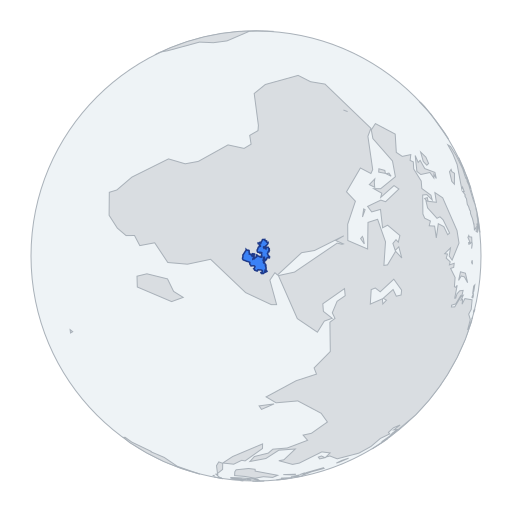 Oromiya highlighted on a globe, orthographic projection, rotated 90°
{"feature_id": "ETH-3131", "entity_name": "Oromiya", "entity_type": "Administrative State", "adm_level": 1, "iso_a3": "ETH", "parent_name": "Ethiopia", "parent_adm1": "", "projection": "orthographic", "projection_center": [38.367, 6.948], "detail": "fine", "context": "on_globe", "style": "filled", "palette": "blue", "viewbox_px": 512, "rotation_deg": 90, "n_neighbors": 0, "source": "natural_earth", "source_scale": "10m", "svg_char_len": 12677}
<svg xmlns="http://www.w3.org/2000/svg" viewBox="0 0 512 512"><g transform="rotate(90 256 256)"><circle cx="256" cy="256" r="225" fill="#eef3f6" stroke="#a8b0b8"/><path d="M139.0,63.5L133.1,67.2L121.6,75.6L118.1,78.2L113.5,81.5L139.0,63.5ZM31.4,238.3L31.3,239.8L30.9,250.0L30.8,255.6L31.0,258.4L31.1,262.3L35.6,272.7L40.9,285.0L42.7,298.6L42.1,312.5L50.7,344.2L52.1,351.8L54.7,357.1L47.5,341.2L41.5,324.7L36.8,307.9L33.4,290.7L31.4,273.3L30.7,255.8L31.4,238.3ZM228.9,32.4L230.1,32.3L221.5,33.4L220.8,33.5L228.9,32.4ZM374.8,64.6L385.2,71.6L385.2,71.4L400.5,83.2L414.8,96.2L429.2,113.3L436.4,121.7L440.3,127.2L441.8,130.4L436.1,122.3L432.9,119.4L429.5,114.7L429.9,118.3L425.0,111.9L427.7,118.4L432.4,123.6L433.9,122.3L438.4,131.6L446.5,141.1L453.1,153.0L458.8,174.8L456.0,182.1L457.0,186.1L452.9,181.9L451.9,190.2L463.1,212.7L464.4,219.5L460.7,233.2L459.8,228.1L449.0,216.7L450.2,233.2L458.5,246.1L461.5,262.1L456.5,257.6L453.1,243.7L449.2,239.2L448.0,224.8L440.3,204.4L435.1,208.9L433.3,200.6L422.0,184.6L413.3,190.8L400.9,214.2L402.8,235.9L396.9,245.9L380.7,215.8L374.1,195.5L367.9,197.9L351.5,181.7L322.2,182.1L318.4,177.0L312.8,179.7L301.3,174.9L295.7,166.8L288.6,167.5L303.8,189.2L311.4,188.6L318.3,179.8L321.1,187.7L332.2,194.6L318.6,214.7L275.6,233.6L272.1,217.5L243.1,174.8L244.3,170.1L244.2,169.6L243.9,168.6L240.5,176.3L235.8,168.2L250.5,197.5L252.7,210.4L275.0,234.5L272.7,237.1L280.1,242.1L304.6,235.4L304.6,240.8L292.6,266.4L259.3,301.4L264.2,324.5L262.5,344.2L242.8,357.3L245.6,372.2L235.5,377.5L235.6,385.9L228.1,394.7L215.3,402.9L192.3,402.7L190.0,395.2L177.1,380.1L158.9,343.5L163.8,326.8L161.4,313.7L144.9,284.0L148.4,267.9L144.2,260.9L135.4,262.3L130.6,254.0L125.4,253.6L93.5,257.8L84.5,246.7L75.4,213.9L81.7,201.5L84.1,187.0L128.3,141.1L136.3,144.1L169.6,139.3L173.5,141.1L168.0,151.6L191.8,165.5L201.2,156.6L224.2,164.3L240.5,164.2L249.0,144.4L222.4,144.0L219.3,134.4L241.8,126.5L265.4,128.1L264.9,124.5L251.3,116.4L258.0,110.2L246.8,113.2L250.4,116.8L243.4,119.1L239.7,116.0L242.2,113.7L235.5,112.1L225.2,124.4L227.8,129.4L209.4,131.5L211.9,140.3L206.4,144.4L200.1,131.2L201.7,126.4L189.0,113.1L185.6,118.0L197.4,131.3L193.2,130.2L188.7,138.2L188.7,131.3L176.7,116.6L161.0,119.5L138.6,139.1L129.9,140.7L123.6,136.6L134.1,116.8L152.4,115.7L156.4,109.7L154.6,101.2L160.4,101.9L161.9,98.7L169.0,98.3L181.0,90.8L188.5,90.2L195.2,81.1L199.9,79.8L194.6,85.3L195.0,89.3L214.0,89.1L218.2,87.3L221.0,81.6L225.8,82.8L226.1,77.4L237.9,75.7L223.7,73.7L226.6,68.2L234.7,64.3L233.1,62.4L219.8,68.9L216.8,72.0L218.3,75.0L207.9,84.4L201.0,86.0L202.3,75.6L192.6,77.1L197.8,69.3L230.5,55.0L243.1,53.0L260.1,59.9L256.0,62.8L247.9,61.5L253.7,67.3L254.0,64.5L258.1,65.8L261.8,61.8L264.9,62.6L263.3,57.8L267.4,58.3L268.4,61.4L277.5,56.9L286.7,57.6L287.3,56.3L285.3,54.8L298.2,57.3L298.1,56.3L293.8,55.0L290.8,52.3L290.4,48.9L294.9,49.9L295.6,51.3L303.9,56.3L305.2,60.4L307.0,60.6L306.9,57.3L296.8,51.1L295.4,48.8L300.8,51.3L298.7,50.2L299.4,49.4L304.2,49.9L298.6,47.1L299.8,39.9L309.4,40.8L314.1,43.3L319.7,41.7L330.0,44.4L326.1,42.9L326.1,42.2L322.9,41.3L321.0,40.6L320.3,40.1L339.2,46.6L357.4,54.8L374.8,64.6ZM111.6,164.4L110.0,168.6L111.6,164.4ZM289.6,140.8L304.1,141.7L298.8,129.6L304.0,129.2L300.2,125.5L298.3,128.8L289.5,118.9L296.2,115.7L295.0,110.9L290.1,110.4L279.2,118.2L291.8,131.8L288.0,136.7L289.6,140.8ZM106.4,87.5L116.5,79.4L111.2,83.6L106.9,87.8L101.4,92.9L104.7,89.6L102.4,91.5L106.3,87.6L106.4,87.5ZM163.5,83.4L165.2,85.2L161.5,88.7L152.0,91.4L157.2,86.1L163.5,83.4ZM168.6,87.2L172.4,77.1L178.5,75.7L174.4,78.1L178.1,78.1L172.5,82.1L174.5,91.2L171.4,95.1L155.5,96.8L162.4,93.8L160.3,91.9L168.6,87.2ZM171.6,60.2L173.3,57.5L184.2,57.6L181.4,60.2L171.7,62.5L169.4,60.9L171.6,60.2ZM188.7,41.0L178.8,44.4L177.9,44.7L168.9,48.5L163.0,50.9L168.5,48.4L188.7,41.0ZM166.7,49.2L157.7,53.3L158.5,52.9L166.7,49.2ZM231.5,35.9L227.2,35.7L229.7,37.6L223.3,38.1L223.9,38.3L218.7,39.5L213.5,41.5L210.9,41.6L210.0,42.4L206.5,43.4L204.4,44.7L198.9,45.5L195.9,47.2L195.0,46.7L191.3,49.5L191.6,47.8L187.1,49.5L189.2,50.2L164.4,54.9L153.8,59.2L144.9,64.1L146.5,61.5L155.9,55.6L168.7,49.4L178.7,46.1L177.6,45.9L182.1,44.4L181.1,45.1L185.3,43.1L188.7,42.2L200.1,38.7L204.1,37.1L208.3,36.0L208.5,36.2L212.6,35.1L215.8,35.0L218.9,34.4L225.1,34.0L223.6,35.2L227.2,34.5L232.1,34.6L231.5,35.9ZM215.6,34.4L215.4,34.4L219.0,33.8L219.4,33.7L221.3,33.5L224.9,32.9L223.8,33.2L231.7,32.1L231.3,32.8L227.6,33.6L218.3,34.1L215.0,34.7L208.9,35.7L209.4,35.6L215.6,34.4ZM178.9,137.2L182.1,137.7L187.3,137.3L184.6,142.7L178.9,137.2ZM170.4,127.2L173.4,126.6L172.1,133.3L168.8,133.1L170.4,127.2ZM176.2,120.9L173.7,126.0L173.1,123.1L176.2,120.9ZM197.6,84.7L200.9,84.0L200.9,85.3L198.5,87.4L197.6,84.7ZM237.4,44.1L235.5,43.2L236.8,42.8L237.1,40.3L241.8,40.1L243.5,41.5L237.4,44.1ZM243.9,147.7L238.6,151.4L236.4,149.6L238.7,148.6L243.9,147.7ZM209.7,146.9L217.0,149.5L208.9,148.3L209.7,146.9ZM242.6,43.4L242.2,42.3L244.8,43.0L242.6,43.4ZM245.3,39.9L248.6,40.4L242.4,39.8L245.3,39.9ZM331.7,439.3L333.0,441.5L329.6,441.9L331.7,439.3ZM301.6,340.4L287.0,374.7L276.2,375.0L273.8,365.1L278.9,344.5L291.4,338.4L297.4,328.8L301.6,340.4ZM475.2,297.5L475.9,298.3L475.7,299.3L475.2,297.5ZM474.5,294.2L475.8,294.2L473.9,296.5L474.5,294.2ZM476.2,294.2L477.5,291.9L478.0,290.1L477.7,292.3L476.2,294.2ZM473.5,294.5L465.6,295.5L461.9,293.2L463.3,289.3L469.4,289.4L473.5,294.5ZM463.0,289.2L456.5,279.3L443.9,249.4L448.5,249.5L460.9,266.9L460.3,270.3L464.2,278.3L463.0,289.2ZM476.4,267.4L475.6,277.4L471.8,277.2L469.8,275.9L468.5,263.4L469.3,256.9L471.1,256.8L475.3,234.3L477.4,239.3L476.7,248.6L478.2,256.9L476.4,267.4ZM403.9,237.9L409.4,250.5L405.9,252.9L403.9,237.9ZM474.9,219.1L474.6,228.7L474.2,216.0L474.9,219.1ZM473.4,207.4L474.5,212.0L472.9,207.6L473.4,207.4ZM458.9,192.4L457.1,193.7L456.0,190.5L457.7,187.0L458.9,192.4ZM458.2,163.4L462.1,172.5L463.1,175.7L460.4,170.2L458.2,163.4ZM282.7,44.4L276.9,47.6L276.0,50.8L280.4,53.4L271.8,51.5L273.2,46.6L282.7,44.4ZM297.3,40.1L293.3,38.5L296.6,38.8L297.9,39.2L297.3,40.1ZM293.8,39.4L286.1,38.3L284.9,37.2L291.2,38.2L293.8,39.4ZM264.3,39.6L262.3,40.4L260.2,39.8L264.3,39.6ZM442.7,382.1L437.4,388.5L437.3,386.9L442.1,380.2L451.4,360.8L451.8,361.0L457.4,347.8L466.3,334.7L474.1,312.2L474.1,312.5L468.5,330.8L461.4,348.6L452.7,365.8L442.7,382.1ZM476.9,298.0L478.6,289.9L478.8,289.1L476.9,298.0ZM480.9,268.9L480.7,271.5L480.7,269.5L480.9,268.9ZM480.9,269.5L480.9,268.7L480.9,269.5ZM479.0,259.0L479.3,265.0L480.4,260.8L479.5,266.7L479.6,276.7L479.1,280.7L479.2,269.8L478.1,281.3L477.5,281.2L477.9,271.5L478.8,259.4L479.3,254.4L480.9,251.9L479.0,259.0ZM481.3,255.9L481.2,259.6L481.2,252.5L481.1,247.7L481.2,250.7L481.3,255.9ZM479.9,235.7L478.4,227.8L478.1,231.0L477.7,219.5L479.4,228.9L479.9,235.7ZM477.0,218.1L476.8,221.1L476.3,214.4L477.0,218.1ZM476.2,218.4L475.0,212.9L475.8,213.5L476.2,218.4ZM477.3,218.3L475.6,208.9L476.9,214.4L477.3,218.3ZM471.9,200.8L475.3,209.4L472.7,206.0L467.7,188.5L468.4,187.9L471.9,200.8ZM443.5,131.2L442.0,129.0L442.0,128.9L443.5,131.2ZM441.5,128.2L442.8,130.3L444.2,132.3L448.9,139.8L444.3,132.8L439.1,124.7L438.8,124.3L441.5,128.2ZM319.2,40.2L316.9,39.4L318.8,39.8L319.2,40.2ZM311.5,37.7L310.9,37.7L309.6,37.2L311.5,37.7ZM310.0,38.0L309.8,37.5L312.7,38.7L310.0,38.0Z" fill="#d9dde1" stroke="#a8b0b8" stroke-width="1"/><path d="M239.5,249.4L239.4,247.1L240.3,247.1L240.5,247.1L240.6,246.8L240.8,246.1L240.9,245.4L241.0,245.3L241.3,245.3L241.6,245.6L241.8,245.6L242.2,245.1L242.4,244.8L242.6,244.1L242.5,243.9L243.0,243.9L243.1,244.2L243.6,244.2L244.0,244.3L245.0,245.2L245.7,246.0L245.9,246.0L246.0,246.2L246.1,246.5L246.5,246.6L246.7,247.0L246.8,247.0L247.1,247.3L247.7,246.6L247.9,246.0L247.8,245.8L247.3,245.2L247.3,244.8L247.3,243.8L247.6,243.8L248.1,243.5L248.5,242.9L248.7,242.7L249.1,242.7L248.9,243.1L249.1,243.2L249.3,243.0L249.7,242.8L250.2,243.0L250.7,243.2L250.8,243.1L250.9,242.8L251.2,243.0L251.4,243.0L251.5,243.0L251.4,243.3L251.4,243.5L251.6,243.6L251.8,243.6L251.9,243.9L252.0,243.9L252.8,244.0L253.1,244.3L253.4,244.6L253.8,244.6L254.2,244.3L255.3,243.8L255.5,243.5L256.2,243.4L256.3,243.3L256.2,243.2L256.3,243.0L256.5,242.5L257.4,242.5L257.9,242.6L257.8,243.6L257.5,243.8L257.1,243.8L257.2,244.0L257.5,244.1L257.8,244.8L257.9,245.0L258.2,245.1L258.9,245.3L259.3,245.5L259.8,246.1L260.2,246.2L260.2,246.3L260.4,246.6L260.2,246.6L259.9,246.7L259.4,246.8L259.5,247.2L259.9,247.3L259.9,247.6L259.5,248.1L259.5,248.5L259.7,248.8L259.9,248.8L260.1,248.6L260.4,248.8L260.5,248.9L261.4,248.4L261.4,247.5L261.6,247.4L261.8,247.4L262.0,247.4L262.1,247.9L262.4,247.9L262.5,248.0L262.4,248.4L262.5,248.5L262.8,248.3L262.9,248.0L263.1,248.0L263.3,247.9L263.4,247.6L263.6,247.3L264.1,246.6L264.4,246.4L264.8,246.3L265.1,246.1L265.7,246.1L265.9,246.2L265.9,246.3L265.4,246.4L265.5,246.6L266.3,246.5L266.9,246.2L267.1,245.9L267.3,245.9L268.1,246.1L268.4,245.9L268.6,245.9L268.9,246.0L269.2,246.0L269.8,246.0L270.0,245.9L270.4,246.0L270.6,245.7L270.6,245.4L270.9,245.3L271.1,245.3L271.4,245.0L271.5,245.1L271.6,245.3L271.6,245.6L271.8,245.8L272.2,246.5L272.4,247.0L272.5,247.2L272.6,247.5L272.8,247.9L273.4,248.5L273.5,248.6L273.3,249.0L273.6,249.5L273.6,250.2L273.1,250.3L273.0,250.5L272.9,251.1L272.7,251.2L272.4,250.9L272.2,250.0L272.1,249.9L271.4,249.7L271.2,249.4L270.9,249.4L270.4,249.9L270.2,250.2L270.2,250.5L269.9,251.1L269.8,252.3L270.0,252.8L269.7,253.6L269.8,254.1L271.0,254.6L271.0,254.9L270.9,255.6L270.7,255.9L270.5,256.1L270.4,256.5L270.5,256.5L270.2,257.3L269.8,257.5L269.6,257.6L269.6,257.4L269.3,257.6L269.0,257.9L268.7,258.3L267.9,257.5L267.6,257.4L266.8,257.0L266.6,257.0L266.4,257.1L265.9,257.7L265.7,258.1L265.8,258.8L265.8,259.3L265.8,260.4L266.0,260.9L265.1,261.4L264.5,262.0L263.1,262.3L262.6,262.1L262.4,262.1L262.1,262.7L261.7,263.6L261.5,264.2L261.4,265.0L260.8,266.4L260.6,266.7L260.4,267.4L260.4,267.7L259.8,268.8L259.7,269.0L258.9,269.4L258.8,269.5L258.1,269.5L257.4,269.3L257.2,269.1L256.7,269.1L256.3,269.1L255.3,269.1L255.0,269.1L254.7,269.0L254.5,268.7L251.0,266.5L250.9,266.3L250.7,266.1L250.0,265.9L249.3,265.9L249.5,265.7L249.7,265.4L250.3,264.5L250.3,264.3L250.2,263.8L250.3,263.2L250.5,262.9L251.1,262.9L251.5,262.8L252.0,263.0L253.1,262.6L253.3,262.4L253.8,262.6L254.0,262.7L254.2,262.2L254.4,261.7L254.3,261.2L254.9,260.9L254.9,260.7L254.7,260.6L254.5,260.0L253.8,259.7L253.7,259.6L253.7,259.2L253.9,258.8L254.0,258.4L253.8,258.1L253.8,257.9L254.1,257.4L254.3,257.5L254.7,257.5L255.2,257.9L255.5,257.9L255.7,258.0L255.6,258.3L255.3,258.5L255.3,259.0L254.9,259.0L254.9,259.3L255.5,260.3L255.8,260.2L256.1,260.0L255.8,259.8L255.7,259.7L256.1,259.0L256.3,258.9L256.3,258.2L256.5,258.0L256.8,258.0L257.3,258.1L257.6,258.1L257.9,258.4L258.3,259.0L259.0,259.1L258.8,258.8L258.8,258.7L259.0,258.4L258.8,257.7L258.2,257.1L257.9,257.1L257.1,256.7L257.2,255.9L257.0,255.5L256.8,255.4L256.6,255.5L255.9,255.2L255.5,255.6L255.2,255.7L254.9,255.6L254.8,255.4L254.9,255.0L255.6,254.6L255.9,253.9L256.2,253.7L256.2,253.1L256.4,252.8L256.9,252.1L257.0,251.8L256.8,251.2L256.7,250.9L256.9,250.9L257.1,251.3L257.2,251.5L257.2,251.4L257.2,251.1L257.3,250.9L257.2,250.8L257.2,250.5L257.1,250.2L256.8,250.1L256.5,250.1L256.3,250.3L256.3,250.7L256.0,250.8L255.8,250.8L255.7,250.4L255.5,250.2L253.9,250.5L253.0,250.4L252.9,250.2L252.7,250.2L252.6,250.4L252.5,250.6L252.6,250.8L253.0,251.0L253.0,251.6L253.1,252.0L252.8,252.0L252.7,251.8L252.2,251.9L252.2,252.0L252.4,252.2L252.3,252.5L252.3,253.0L252.4,253.5L252.2,254.3L251.6,254.6L251.2,254.8L250.4,254.9L249.8,254.8L249.2,254.3L248.7,254.2L248.3,254.1L247.8,253.9L247.3,253.6L247.0,253.5L247.0,253.2L246.8,252.8L246.2,252.5L246.2,252.4L246.4,252.2L246.3,251.6L246.1,251.5L245.9,251.5L245.7,251.7L245.7,251.8L246.0,252.1L245.8,252.3L245.3,252.6L245.1,252.5L245.0,252.3L244.6,252.3L244.4,252.4L244.2,252.7L244.1,252.8L243.8,253.1L243.9,253.7L243.6,253.9L243.3,253.9L243.5,253.6L243.0,253.4L242.9,253.0L242.5,252.6L242.4,252.5L242.5,252.1L242.7,251.7L243.3,251.2L243.1,251.1L242.9,251.1L242.4,251.1L242.2,251.1L242.1,250.8L241.6,250.7L241.3,250.3L240.9,250.1L240.2,249.5L240.0,249.4L239.7,249.6L239.5,249.4ZM257.8,247.6L257.7,247.6L257.3,247.6L257.1,247.9L257.3,248.3L257.6,248.5L257.8,248.5L258.0,248.4L257.9,248.1L258.1,248.2L258.0,247.6L257.8,247.6ZM247.5,247.8L247.0,247.8L247.0,248.0L246.8,248.2L246.9,248.4L247.0,248.5L247.3,248.5L247.4,248.4L247.6,248.6L247.8,248.8L247.7,248.6L247.6,248.4L247.7,248.0L247.5,247.9L247.5,247.8ZM271.1,247.1L271.1,246.8L271.1,246.4L270.8,246.4L270.6,246.4L270.4,246.7L270.3,247.0L270.6,247.0L270.8,247.0L271.1,247.1ZM248.6,246.5L248.5,246.2L248.8,246.0L248.5,245.9L248.3,246.0L248.4,246.6L248.5,246.5L248.6,246.5ZM247.9,248.2L248.1,248.1L247.9,247.9L247.7,248.1L247.9,248.2Z" fill="#3b82f6" stroke="#1e3a8a" stroke-width="1.5"/></g></svg>